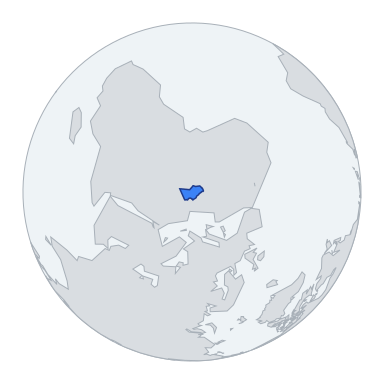 globe centered on Murzuq, rotated 158°
{"feature_id": "LBY-2969", "entity_name": "Murzuq", "entity_type": "Municipality", "adm_level": 1, "iso_a3": "LBY", "parent_name": "Libya", "parent_adm1": "", "projection": "orthographic", "projection_center": [15.489, 24.47], "detail": "fine", "context": "on_globe", "style": "filled", "palette": "blue", "viewbox_px": 384, "rotation_deg": 158, "n_neighbors": 0, "source": "natural_earth", "source_scale": "10m", "svg_char_len": 10943}
<svg xmlns="http://www.w3.org/2000/svg" viewBox="0 0 384 384"><g transform="rotate(158 192 192)"><circle cx="192" cy="192" r="169" fill="#eef3f6" stroke="#a8b0b8"/><path d="M195.8,23.1L196.4,23.1L188.6,23.1L194.5,23.3L184.5,24.1L163.4,26.3L158.5,28.2L138.4,34.8L140.8,34.6L134.7,37.7L135.3,38.8L131.4,40.2L135.2,39.9L138.6,38.5L141.5,38.0L142.1,38.7L137.2,40.4L136.2,40.3L135.1,41.2L132.4,41.8L134.1,41.9L128.2,44.2L135.0,43.0L131.0,45.8L126.8,47.1L126.1,45.5L114.6,46.1L110.2,47.8L104.6,51.3L96.3,60.4L91.9,63.2L86.6,68.0L89.6,66.9L94.7,62.8L98.9,62.3L104.7,57.9L107.2,57.3L113.7,53.8L113.8,56.0L110.5,60.3L105.2,63.5L103.6,65.7L109.6,64.3L100.6,72.5L96.3,82.2L93.9,84.4L87.4,85.0L85.0,80.1L76.6,82.7L83.2,83.0L76.9,89.4L76.4,91.5L77.4,92.5L80.2,91.1L78.3,93.9L71.1,94.1L72.7,91.5L75.0,91.3L73.8,89.3L68.9,90.4L66.1,94.0L61.6,93.2L59.6,95.9L57.5,97.6L61.0,93.2L54.6,101.4L48.9,104.7L39.9,120.0L47.5,105.6L49.4,101.7L50.9,99.0L50.1,100.3L57.1,90.2L64.9,80.7L73.3,71.7L82.4,63.4L92.0,55.8L102.2,48.9L112.9,42.7L124.0,37.3L135.4,32.8L147.1,29.1L159.1,26.3L171.3,24.3L183.5,23.3L195.8,23.1ZM25.7,161.9L25.1,166.1L26.2,162.0L27.2,162.2L25.4,171.1L27.4,165.0L26.9,171.4L30.0,178.4L29.3,179.9L31.6,196.8L37.1,208.2L38.4,216.4L37.4,219.7L40.0,223.2L40.1,225.9L53.0,239.3L61.8,250.7L63.0,259.9L58.6,266.7L61.4,285.3L55.3,285.4L58.3,292.3L61.6,299.3L59.0,296.2L51.6,286.1L45.1,275.5L39.3,264.4L34.4,253.0L30.4,241.2L27.2,229.1L24.9,216.9L23.5,204.5L23.0,192.0L23.5,179.6L24.9,167.2L25.2,165.3L25.2,164.9L25.7,161.9ZM37.5,124.8L33.5,139.1L33.3,136.0L33.8,135.4L35.3,130.6L37.3,124.6L37.8,122.9L37.5,124.8ZM41.1,119.6L41.6,117.8L41.5,118.9L41.1,119.6ZM113.1,52.8L113.4,53.3L112.0,53.7L113.1,52.8ZM115.7,51.0L114.0,51.2L114.9,50.3L116.0,50.2L115.7,51.0ZM117.6,51.1L116.8,48.9L118.6,47.5L123.9,46.1L117.6,51.1ZM204.9,23.5L208.8,23.9L211.1,24.1L208.2,24.3L203.6,23.5L198.5,23.2L201.8,23.3L204.9,23.5ZM139.5,37.8L135.8,39.3L138.2,37.5L139.5,37.8ZM140.3,36.8L143.8,32.8L149.5,31.2L147.2,32.7L154.1,30.5L155.2,31.6L151.6,33.1L147.7,33.8L151.1,33.8L140.3,36.8ZM205.6,24.5L206.2,24.8L204.3,24.5L205.6,24.5ZM142.8,37.7L143.0,36.9L147.9,35.4L148.5,36.7L146.7,36.8L142.8,37.7ZM155.4,29.5L159.2,28.8L161.1,29.5L162.8,29.4L155.7,31.5L155.4,29.5ZM145.9,37.4L148.6,37.5L146.8,38.9L142.9,38.4L145.9,37.4ZM149.0,34.5L151.4,33.9L150.2,34.6L149.0,34.5ZM142.1,44.4L142.3,43.2L144.8,42.2L142.1,44.4ZM149.7,37.5L150.3,37.0L151.4,36.6L152.7,37.0L149.7,37.5ZM157.6,32.0L157.6,32.5L160.6,31.1L162.1,31.8L157.1,33.2L159.9,32.9L160.4,33.1L155.8,34.0L157.6,32.0ZM157.2,36.2L151.4,38.6L150.6,41.0L148.2,41.8L149.9,37.9L157.2,36.2ZM156.8,34.8L156.5,35.8L153.8,36.2L152.2,35.7L156.8,34.8ZM165.0,31.8L163.9,30.4L165.1,30.2L165.0,31.8ZM157.6,36.7L159.0,36.2L157.8,36.9L157.6,36.7ZM163.3,33.2L162.8,32.6L164.1,32.4L163.3,33.2ZM162.2,35.6L160.3,36.3L159.2,36.0L162.2,35.6ZM163.2,34.4L165.1,34.2L160.0,35.4L162.7,34.2L163.2,34.4ZM164.7,33.0L165.3,32.7L164.7,33.3L164.7,33.0ZM167.6,36.7L161.3,38.3L158.9,37.4L165.3,36.0L167.6,36.7ZM235.5,28.7L232.1,27.9L237.3,29.2L239.9,30.0L239.2,29.8L242.6,30.8L248.1,32.7L261.7,38.6L276.8,46.5L273.6,44.1L275.8,45.3L276.1,45.4L288.6,53.4L300.4,62.4L311.3,72.4L312.4,73.5L312.6,73.6L317.7,79.1L314.6,75.8L318.7,80.8L314.6,76.5L319.8,83.0L322.5,85.6L320.4,82.4L326.6,90.4L329.8,94.3L336.8,105.0L343.0,116.1L345.2,120.8L348.6,129.9L349.8,132.9L348.7,131.7L351.0,139.6L356.0,151.7L357.1,156.5L359.1,169.4L358.4,166.0L355.6,162.7L357.8,174.8L360.0,180.3L360.9,190.1L360.3,189.6L359.1,181.2L358.1,179.8L356.5,169.5L351.9,156.9L351.2,162.7L349.5,156.8L343.1,148.2L341.1,156.3L339.1,178.5L341.9,194.1L339.8,203.2L329.8,185.2L324.2,171.4L321.3,174.7L310.4,165.9L293.7,172.1L290.6,168.8L287.6,172.0L279.9,170.2L275.0,164.6L270.6,166.3L283.4,180.9L288.0,179.1L291.0,171.0L293.8,176.8L301.2,179.9L295.3,197.8L269.4,218.7L265.8,207.2L240.9,178.0L241.1,174.1L240.9,173.7L240.6,173.0L239.3,179.4L234.7,173.5L249.1,194.8L252.0,204.4L269.0,219.5L267.7,221.7L272.9,224.3L288.2,215.6L288.6,219.6L281.9,239.7L259.7,268.4L262.1,283.0L259.6,295.8L244.5,306.2L244.7,314.9L236.7,319.0L235.4,323.8L228.4,329.5L217.0,335.0L199.0,336.2L198.9,332.2L191.3,324.3L181.1,303.0L186.6,292.5L185.4,284.0L172.3,264.5L175.3,253.3L171.5,248.4L163.9,249.4L159.5,243.5L154.8,243.1L124.9,244.3L115.3,235.4L102.7,209.6L107.8,200.8L107.8,189.5L141.9,155.0L150.1,157.9L178.0,154.0L181.7,155.5L179.4,164.4L201.2,174.8L207.0,167.1L225.7,171.5L237.5,169.8L239.9,152.7L220.5,155.1L216.2,147.4L230.8,138.5L247.6,137.1L246.4,134.1L235.0,128.7L238.0,122.6L230.9,126.5L234.4,129.2L230.1,132.0L226.7,129.7L227.8,127.4L222.6,126.7L218.3,138.3L221.3,142.4L208.0,145.6L211.9,152.8L208.6,156.6L200.8,145.9L200.9,141.8L187.2,130.7L185.9,135.2L198.7,146.2L195.1,145.5L193.4,152.5L191.8,146.6L178.1,134.2L165.5,136.9L150.9,153.6L143.3,154.7L136.2,150.7L140.0,133.5L156.7,133.3L158.3,127.9L153.7,119.9L159.2,120.8L159.3,117.7L165.5,117.5L173.0,110.3L179.1,109.6L180.9,100.6L184.3,99.2L182.3,104.8L184.1,108.6L199.1,107.5L201.7,105.5L201.7,99.9L205.8,100.6L203.8,95.4L211.9,92.8L200.4,91.9L200.0,86.1L204.2,81.5L202.1,79.7L195.2,87.3L194.3,90.6L196.8,93.6L192.6,103.4L187.7,105.2L184.3,94.9L177.0,96.7L177.5,88.6L195.8,71.8L204.0,68.5L220.0,74.2L218.7,77.7L212.4,77.3L219.3,82.7L218.2,79.8L221.7,80.7L222.2,76.0L224.7,76.4L220.9,71.4L224.0,71.4L226.3,74.6L229.7,68.4L235.8,67.6L235.4,66.1L233.2,64.7L242.4,65.0L241.6,63.9L238.4,63.3L234.8,60.8L232.1,56.8L235.4,57.1L236.8,58.6L244.8,62.6L248.1,67.0L249.2,66.7L247.1,63.1L237.4,58.1L234.8,55.7L239.7,57.5L237.7,56.6L237.5,55.5L240.3,54.9L235.1,52.8L228.0,42.0L232.8,40.3L238.0,42.7L236.5,37.2L242.1,36.8L239.0,36.1L236.3,33.6L234.5,33.7L232.8,33.2L224.9,28.3L225.7,27.8L218.8,25.9L217.3,25.6L216.3,25.8L208.2,24.3L211.1,24.1L214.5,24.5L214.4,24.5L235.5,28.7ZM131.4,173.7L130.8,177.2L131.4,173.7ZM266.3,144.3L275.7,142.7L269.6,133.4L272.7,132.1L269.6,129.6L269.2,132.7L261.1,125.7L264.5,121.8L262.4,117.7L259.2,118.2L254.3,126.6L265.8,136.4L264.4,141.1L266.3,144.3ZM30.2,178.6L30.3,181.2L29.6,180.0L30.2,178.6ZM32.1,139.0L31.8,140.7L31.3,142.8L31.2,142.1L32.1,139.0ZM33.1,151.7L33.5,154.2L32.6,153.1L33.1,151.7ZM33.2,141.1L32.8,150.1L31.2,149.1L31.6,143.7L32.0,145.3L33.2,141.1ZM38.7,123.7L38.3,125.2L37.6,126.5L38.7,123.7ZM41.1,120.4L41.0,120.2L41.8,118.5L41.1,120.4ZM77.4,89.3L77.9,89.4L78.3,91.0L77.0,91.2L77.4,89.3ZM87.3,93.2L84.1,97.7L85.4,94.5L82.9,95.4L82.6,90.1L92.6,85.3L88.1,88.3L87.3,93.2ZM85.1,82.3L84.1,85.8L84.8,82.2L85.1,82.3ZM154.2,102.6L156.6,104.6L154.8,108.0L147.1,110.2L149.6,105.1L154.2,102.6ZM160.6,106.6L159.3,96.6L164.1,95.2L161.6,97.6L164.9,97.7L161.8,101.7L167.6,110.8L166.4,114.5L152.7,115.7L157.9,113.1L155.1,111.1L160.6,106.6ZM147.8,77.4L147.3,74.1L158.3,75.2L157.4,78.2L149.7,80.2L146.1,78.0L147.8,77.4ZM127.2,49.6L126.3,49.2L127.7,48.6L129.5,48.5L127.2,49.6ZM142.0,43.9L132.5,51.5L131.0,51.2L127.2,56.6L121.8,58.1L124.4,54.4L117.4,59.9L117.6,57.2L113.3,61.1L119.7,52.8L119.6,51.0L121.8,52.4L126.8,51.0L128.9,49.9L134.8,45.5L137.1,41.4L142.4,39.8L145.5,39.8L145.8,40.5L142.3,41.2L145.2,41.7L140.3,43.3L142.0,43.9ZM179.3,46.6L175.1,46.1L180.1,49.4L175.2,50.2L176.1,50.5L173.0,52.3L170.7,55.2L168.4,55.3L168.5,56.4L166.5,57.8L165.9,59.5L161.4,60.3L160.3,62.5L158.8,61.7L158.1,65.3L156.7,63.0L153.9,64.9L156.8,66.2L134.3,68.7L126.0,72.2L119.9,76.7L118.2,72.8L122.8,66.3L130.7,59.8L138.9,57.2L136.6,56.1L139.9,54.7L140.3,56.1L141.6,53.1L144.4,52.4L151.4,47.9L151.5,44.5L154.1,43.0L155.4,44.0L157.0,41.9L161.3,42.8L163.2,41.9L169.3,42.1L170.8,44.9L172.8,43.7L177.6,44.1L179.3,46.6ZM169.2,36.9L172.1,39.5L170.8,41.5L160.7,40.3L158.4,41.1L151.9,40.9L153.8,38.3L155.5,38.5L157.6,38.1L156.1,39.1L158.9,38.1L161.3,38.5L164.1,37.9L164.2,38.9L169.2,36.9ZM185.2,152.0L187.9,152.3L192.1,151.8L191.1,156.4L185.2,152.0ZM175.7,143.6L178.1,143.0L178.7,148.8L175.9,148.7L175.7,143.6ZM178.9,138.0L178.2,142.5L176.9,140.0L178.9,138.0ZM184.4,104.1L186.9,103.3L187.3,104.6L186.2,106.6L184.4,104.1ZM193.1,58.2L190.9,57.2L191.5,56.6L189.3,53.2L192.8,52.6L195.4,54.4L193.1,58.2ZM236.9,156.1L233.8,159.7L231.9,158.4L233.3,157.4L236.9,156.1ZM211.6,158.5L217.6,160.1L211.3,159.8L211.6,158.5ZM196.5,57.0L195.2,55.6L197.7,56.2L196.5,57.0ZM195.2,52.0L198.0,52.4L192.9,52.2L195.2,52.0ZM281.7,335.0L281.3,335.4L279.4,336.5L281.7,335.0ZM285.5,287.7L272.3,310.9L265.2,312.7L264.9,307.1L270.5,293.7L279.2,288.0L283.7,281.0L285.5,287.7ZM360.4,205.9L360.3,204.5L357.5,189.6L358.6,187.6L360.9,193.7L360.8,196.4L360.9,197.8L360.4,205.9ZM342.5,195.3L345.5,202.8L344.1,205.6L342.5,195.3ZM351.5,137.1L352.0,139.5L351.2,137.4L350.0,133.1L351.5,137.1ZM224.0,52.7L223.2,57.8L224.8,61.7L229.4,64.0L222.6,63.2L220.0,57.2L224.0,52.7ZM227.2,43.2L223.2,41.6L225.1,41.2L226.2,41.5L227.2,43.2ZM224.6,43.0L219.5,43.3L217.3,41.8L221.8,41.8L224.6,43.0ZM208.1,49.4L207.6,50.8L205.5,50.3L208.1,49.4ZM275.2,44.9L273.5,44.0L270.4,42.4L272.0,43.2L275.2,44.9ZM207.8,24.8L206.3,24.8L206.8,24.6L207.8,24.8ZM231.9,33.3L229.7,32.7L230.4,32.3L231.9,33.3ZM224.0,30.8L224.8,31.7L222.6,30.6L224.0,30.8ZM226.8,33.8L224.5,32.0L228.7,34.0L226.8,33.8Z" fill="#d9dde1" stroke="#a8b0b8" stroke-width="1"/><path d="M202.1,199.5L201.7,199.3L201.4,199.2L201.0,199.0L200.7,198.8L200.3,198.7L200.0,198.5L199.7,198.3L199.3,198.1L199.0,198.0L198.6,197.8L198.3,197.6L198.0,197.4L197.6,197.3L197.3,197.1L197.0,196.9L196.6,196.7L196.3,196.6L195.9,196.4L195.6,196.2L195.3,196.0L194.9,195.9L194.6,195.7L194.3,195.5L193.9,195.3L193.6,195.2L193.3,195.0L193.2,195.1L192.9,195.2L192.7,195.3L192.4,195.5L192.2,195.6L191.9,195.7L191.8,195.8L191.6,195.9L191.4,195.9L191.3,196.0L191.1,196.1L190.8,196.2L190.7,196.3L190.1,196.6L189.7,196.8L189.2,197.1L188.7,197.4L188.4,197.3L188.0,197.0L187.7,196.7L187.4,196.4L187.0,196.1L186.9,195.9L186.6,195.8L186.3,195.7L186.0,195.6L185.8,195.6L185.6,195.5L185.3,195.4L185.1,195.4L184.9,195.3L184.6,195.3L184.4,195.2L184.1,195.1L183.9,195.1L183.7,195.0L183.4,194.9L183.2,194.9L182.7,194.8L182.5,194.7L182.3,194.3L182.1,193.9L181.8,193.2L181.6,192.8L181.5,192.4L181.4,192.4L181.2,192.3L181.2,191.9L181.2,191.5L180.9,190.9L180.9,190.3L180.9,189.7L180.9,189.1L181.1,188.6L181.7,188.4L182.1,188.6L182.3,188.7L182.8,188.7L183.1,188.6L183.4,188.4L183.7,188.2L184.1,188.3L184.4,188.2L184.6,188.1L184.9,188.0L185.3,187.8L185.9,187.8L186.2,187.6L186.5,187.3L186.7,187.1L187.2,187.0L187.9,186.7L188.4,186.7L188.7,186.6L189.2,186.4L189.5,186.1L189.8,185.8L190.0,185.5L190.3,185.2L190.6,185.1L191.0,185.0L191.4,184.9L191.9,184.8L192.4,184.8L192.7,184.7L194.1,184.3L194.1,184.5L194.1,185.0L194.3,185.2L194.6,185.3L194.9,185.6L194.8,185.9L195.0,186.2L195.3,186.5L195.5,186.6L195.7,186.8L195.8,187.0L196.2,187.1L196.7,187.2L197.1,187.3L197.3,187.2L197.5,187.1L197.8,187.0L198.1,187.0L198.4,186.7L198.5,186.6L198.8,186.4L199.2,186.3L199.5,186.4L199.7,186.7L200.0,187.0L200.3,187.0L200.6,187.1L201.0,187.1L201.3,187.2L201.6,187.3L201.8,188.8L201.8,190.3L201.9,191.7L201.9,193.2L202.0,194.7L202.0,196.1L202.1,197.6L202.1,199.1L202.1,199.3L202.1,199.5Z" fill="#3b82f6" stroke="#1e3a8a" stroke-width="1.5"/></g></svg>